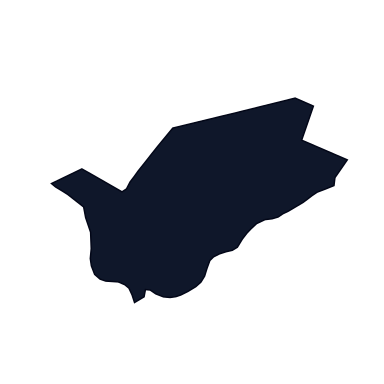 Dois Riachos, Alagoas, Brazil (Mercator projection), rotated 200°
{"feature_id": "56859067B36293901492377", "entity_name": "Dois Riachos", "entity_type": "district", "adm_level": 2, "iso_a3": "BRA", "parent_name": "Brazil", "parent_adm1": "Alagoas", "projection": "mercator", "projection_center": [-37.069, -9.384], "detail": "fine", "context": "isolated", "style": "filled", "palette": "ink", "viewbox_px": 384, "rotation_deg": 200, "n_neighbors": 0, "source": "geoboundaries", "source_scale": "gbopen_adm2", "svg_char_len": 1016}
<svg xmlns="http://www.w3.org/2000/svg" viewBox="0 0 384 384"><g transform="rotate(200 192 192)"><path d="M201.2,77.1L202.4,84.4L197.8,85.6L191.2,83.9L183.0,83.7L176.5,85.4L171.3,88.2L167.3,91.4L161.8,97.2L156.1,104.3L152.8,110.4L151.4,117.2L151.8,125.3L151.8,133.7L149.6,138.4L145.1,143.2L139.6,147.5L134.2,151.0L130.5,155.6L128.6,165.0L126.4,172.0L124.2,177.1L120.5,184.4L114.0,191.0L107.5,194.3L102.5,198.0L99.2,202.6L94.8,207.1L84.0,220.3L80.6,225.5L78.0,229.6L74.3,234.7L67.8,240.3L60.8,246.6L62.6,254.4L59.4,266.5L57.1,275.3L106.7,278.2L107.3,314.2L127.2,315.5L173.0,284.7L178.1,281.2L188.9,274.1L231.9,245.5L239.5,224.1L243.0,213.7L245.9,204.8L249.8,193.2L251.6,186.7L253.6,180.3L254.6,172.5L257.8,168.2L293.0,174.3L303.4,176.0L326.9,151.9L321.9,150.1L313.8,148.5L307.9,147.2L288.7,140.9L283.2,131.6L273.5,119.5L267.3,104.3L264.8,94.7L261.3,88.2L255.3,81.3L248.6,78.7L242.6,78.8L230.6,82.3L223.4,81.9L218.4,80.1L213.1,74.8L208.2,68.5L201.2,77.1Z" fill="#0f172a" stroke="#020617" stroke-width="1.5"/></g></svg>